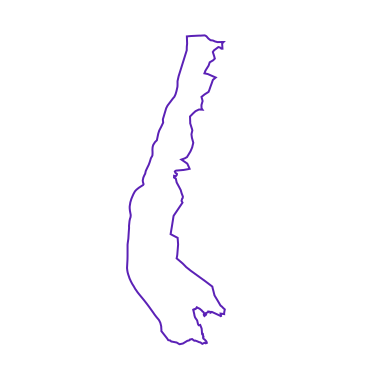 Drobeta-Turnu Severin, Romania (Equal Earth projection), rotated 64°
{"feature_id": "2599482B41880521076659", "entity_name": "Drobeta-Turnu Severin", "entity_type": "district", "adm_level": 2, "iso_a3": "ROU", "parent_name": "Romania", "parent_adm1": "", "projection": "equal_earth", "projection_center": [22.617, 44.673], "detail": "fine", "context": "isolated", "style": "outline", "palette": "violet", "viewbox_px": 384, "rotation_deg": 64, "n_neighbors": 0, "source": "geoboundaries", "source_scale": "gbopen_adm2", "svg_char_len": 4975}
<svg xmlns="http://www.w3.org/2000/svg" viewBox="0 0 384 384"><g transform="rotate(64 192 192)"><path d="M49.9,128.4L56.6,131.4L59.0,132.9L60.9,133.9L62.3,134.6L82.0,153.2L86.0,156.4L89.5,158.1L91.1,159.0L94.6,161.8L97.0,164.0L98.7,166.1L99.6,168.2L103.6,176.1L105.4,178.5L113.9,186.3L115.1,186.8L117.0,187.5L119.8,191.0L122.4,194.5L124.7,196.7L130.1,200.9L130.9,203.3L131.8,204.8L132.7,206.2L134.0,207.4L135.0,208.1L136.8,209.1L138.9,210.0L140.3,210.7L141.7,211.5L142.5,212.4L142.9,213.1L143.4,213.8L143.8,214.3L145.0,215.4L146.5,216.8L148.6,219.0L150.3,221.2L152.7,224.2L153.9,225.2L155.1,226.1L155.4,226.6L156.4,227.9L157.7,229.4L159.1,230.5L160.0,231.2L161.4,231.7L162.5,231.9L163.7,232.1L164.0,232.4L164.3,233.0L164.6,235.7L164.9,238.0L165.6,241.0L166.4,243.0L168.0,245.3L168.9,246.4L170.1,247.8L171.6,249.5L174.2,251.9L177.6,254.3L179.2,255.1L181.6,256.0L184.1,256.7L185.9,257.2L186.9,257.8L187.7,258.3L188.9,259.5L190.7,260.9L194.9,263.5L196.7,264.3L200.8,266.7L206.1,269.7L209.2,271.8L211.1,273.0L216.2,275.5L221.3,278.0L224.6,279.7L227.3,281.2L231.8,283.7L234.0,284.5L236.1,285.1L238.3,285.5L240.1,285.7L242.2,286.0L245.7,286.1L248.5,286.0L251.2,285.7L254.4,285.5L255.4,285.3L258.2,284.9L260.5,284.4L268.9,282.4L273.2,281.5L276.4,280.9L278.2,280.6L283.5,279.7L285.6,279.4L288.6,278.8L290.2,278.4L291.8,278.0L292.8,277.8L293.4,277.8L294.6,277.8L295.6,277.8L296.1,277.9L298.0,278.3L299.3,278.6L300.9,279.3L302.2,279.8L303.6,280.5L313.0,278.5L313.9,278.4L314.0,278.4L314.3,278.4L314.5,278.3L314.7,278.2L314.8,278.2L315.0,277.9L315.2,277.6L315.4,277.4L315.5,277.3L315.7,277.1L315.8,276.9L316.0,276.6L316.3,276.5L316.5,276.5L316.8,276.4L317.0,276.3L317.2,276.2L317.4,276.0L317.6,275.8L317.7,275.6L317.8,275.4L318.5,274.5L320.1,272.4L320.5,271.8L323.3,270.0L323.4,269.8L324.2,266.6L323.7,261.3L324.0,260.3L324.1,259.6L324.1,259.1L323.7,258.7L324.2,256.4L325.0,256.0L325.4,255.8L325.8,255.6L326.7,255.1L326.9,254.3L327.8,253.4L328.2,253.0L328.3,252.9L330.1,251.4L330.8,250.5L331.0,250.3L331.4,250.1L333.0,249.3L333.0,248.4L333.0,246.8L334.0,246.0L334.1,245.4L334.1,244.8L333.3,244.7L332.7,244.6L331.9,244.8L330.1,245.3L329.5,245.7L328.8,246.0L328.7,246.0L328.3,246.0L327.9,246.0L327.5,245.3L327.1,245.1L326.8,245.3L326.4,245.3L325.9,244.9L324.4,244.5L324.3,245.2L324.1,245.2L323.8,245.1L320.8,243.9L318.9,243.2L315.1,242.9L315.0,243.8L314.8,244.3L314.7,244.4L314.3,244.4L313.3,244.5L309.8,243.7L308.8,243.8L307.2,244.1L305.8,244.2L304.0,243.9L302.7,243.5L299.7,242.8L299.1,242.7L298.3,242.5L298.3,241.5L298.6,241.5L298.7,239.9L298.1,239.0L297.7,238.2L298.0,238.0L298.3,238.3L298.7,237.6L298.8,237.5L299.6,236.8L300.4,236.2L301.6,235.7L302.9,235.1L303.9,235.0L304.8,234.4L305.4,234.3L307.0,234.2L307.1,234.8L307.5,234.7L307.5,235.0L307.8,235.0L308.2,235.0L308.3,235.3L308.9,235.2L308.4,233.1L307.0,233.0L307.0,232.7L306.9,232.5L307.1,230.4L306.5,229.9L306.7,229.5L306.8,229.4L307.0,229.1L307.2,228.8L307.3,228.7L307.5,228.5L308.0,228.1L308.6,228.3L308.6,228.0L308.0,227.8L308.5,226.7L312.3,223.6L316.0,220.6L316.9,220.4L313.8,219.6L313.9,219.4L314.1,219.2L315.8,216.7L315.5,216.6L315.3,216.4L314.5,215.9L313.6,215.3L313.0,214.8L312.4,214.4L312.2,214.2L311.9,214.0L311.7,214.1L311.4,214.2L310.9,214.4L309.9,214.8L309.5,214.9L309.4,215.0L308.0,215.4L307.7,215.6L306.8,216.0L306.7,216.1L306.3,216.1L306.1,216.2L305.9,216.2L301.6,216.5L294.9,217.1L294.6,217.1L294.1,216.9L293.8,216.9L291.0,216.3L289.1,215.9L288.0,215.7L285.9,215.2L277.8,219.3L262.1,227.7L256.8,230.2L256.1,230.4L252.2,231.7L247.6,233.7L244.9,234.9L243.5,233.8L241.9,232.7L233.1,227.5L226.9,225.0L223.4,227.6L220.5,229.7L215.3,226.0L214.9,225.7L212.2,223.8L206.2,219.6L205.3,218.9L197.4,205.2L195.4,205.3L193.8,203.9L193.3,203.0L192.1,202.2L188.7,201.9L185.3,201.3L181.5,201.4L179.2,201.5L176.7,201.6L173.0,200.7L171.1,201.8L169.6,201.0L170.7,199.7L170.0,198.2L169.2,197.6L167.4,198.5L166.0,198.4L165.8,197.3L165.8,196.9L168.5,189.9L169.7,185.7L170.1,184.0L168.9,183.9L164.4,183.8L158.2,187.3L158.3,186.4L158.6,183.8L158.4,181.1L157.9,180.4L157.1,179.1L155.4,176.5L154.9,175.7L153.3,173.8L151.9,172.2L151.5,171.9L148.7,169.6L148.4,169.3L146.4,168.9L143.2,168.3L142.3,168.0L139.9,167.2L139.5,166.9L136.8,164.7L134.9,164.3L134.7,164.3L129.4,163.5L128.8,163.2L128.5,163.0L127.3,162.5L123.3,160.7L123.2,160.5L122.7,159.0L121.8,156.5L120.9,153.4L120.9,149.6L121.0,149.4L121.8,148.0L122.3,147.0L122.6,146.5L121.8,146.6L120.9,146.7L120.0,146.3L118.0,145.4L114.9,142.6L113.0,142.2L110.7,141.8L110.5,141.0L109.8,137.9L109.3,133.3L108.0,131.8L106.7,130.5L105.5,129.3L103.0,126.7L100.4,124.1L99.5,120.5L96.2,123.3L92.9,126.1L90.8,128.8L88.8,126.7L86.8,123.5L85.7,121.7L83.2,119.2L82.9,115.3L82.1,113.0L79.4,112.5L77.3,112.2L75.3,111.9L74.3,110.1L73.7,106.9L73.3,104.8L74.5,103.4L76.0,102.8L76.5,101.8L71.7,99.8L71.0,97.9L70.7,98.5L69.6,100.9L68.5,103.3L66.8,105.3L65.0,106.8L63.7,108.8L61.3,110.0L58.3,110.8L56.8,111.9L55.1,116.0L54.5,117.2L51.3,124.7L49.9,128.4Z" fill="none" stroke="#5b21b6" stroke-width="2"/></g></svg>